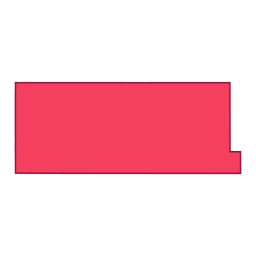 the district of Divide, North Dakota, United States of America
{"feature_id": "52423323B7908254608729", "entity_name": "Divide", "entity_type": "district", "adm_level": 2, "iso_a3": "USA", "parent_name": "United States of America", "parent_adm1": "North Dakota", "projection": "equal_earth", "projection_center": [-103.804, 48.816], "detail": "fine", "context": "isolated", "style": "filled", "palette": "rose", "viewbox_px": 256, "rotation_deg": 0, "n_neighbors": 0, "source": "geoboundaries", "source_scale": "gbopen_adm2", "svg_char_len": 670}
<svg xmlns="http://www.w3.org/2000/svg" viewBox="0 0 256 256"><path d="M229.9,82.7L229.7,82.7L149.2,82.7L145.3,82.8L121.5,82.7L93.8,82.7L62.2,82.7L53.4,82.7L30.8,82.7L28.6,82.6L20.9,82.7L15.5,82.6L15.5,85.8L15.5,90.8L15.5,91.5L15.4,92.7L15.5,93.1L15.4,94.4L15.4,95.0L15.4,96.5L15.4,97.3L15.4,98.9L15.4,104.3L15.4,105.6L15.4,106.6L15.4,112.2L15.4,113.3L15.4,113.7L15.4,115.3L15.4,115.7L15.4,120.3L15.4,132.7L15.4,134.8L15.5,140.5L15.4,144.0L15.4,145.1L15.5,165.6L15.5,165.9L15.5,167.0L15.5,167.3L15.5,169.2L15.5,169.5L15.5,173.1L63.7,173.3L236.4,173.4L238.9,173.3L240.6,173.3L240.5,151.7L230.0,151.7L229.9,82.7Z" fill="#f43f5e" stroke="#9f1239" stroke-width="1.5"/></svg>